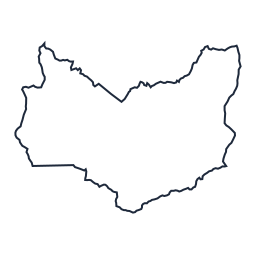 the district of Presidente Kennedy, Tocantins, Brazil
{"feature_id": "56859067B50751334573389", "entity_name": "Presidente Kennedy", "entity_type": "district", "adm_level": 2, "iso_a3": "BRA", "parent_name": "Brazil", "parent_adm1": "Tocantins", "projection": "natural_earth1", "projection_center": [-48.462, -8.464], "detail": "fine", "context": "isolated", "style": "outline", "palette": "slate", "viewbox_px": 256, "rotation_deg": 0, "n_neighbors": 0, "source": "geoboundaries", "source_scale": "gbopen_adm2", "svg_char_len": 3160}
<svg xmlns="http://www.w3.org/2000/svg" viewBox="0 0 256 256"><path d="M35.1,86.8L33.5,85.5L28.5,87.7L25.9,86.8L23.2,87.3L22.1,89.5L23.2,91.3L25.0,95.2L26.2,97.9L26.1,103.6L25.8,106.4L26.1,109.1L23.8,114.7L22.5,119.8L21.3,123.4L20.6,126.4L19.2,127.4L17.6,128.7L16.0,130.8L15.4,132.7L15.5,135.3L16.6,137.6L19.5,139.9L20.0,142.4L22.3,145.8L24.5,147.0L27.5,148.9L26.5,152.1L27.7,154.1L28.6,156.3L28.9,158.5L30.4,160.8L31.7,162.6L32.6,166.0L73.4,165.1L75.0,167.1L78.0,168.1L80.3,168.9L84.3,170.5L85.7,169.3L86.3,171.5L85.9,176.1L85.3,178.2L85.2,180.0L87.3,180.1L89.2,179.9L90.9,180.2L93.1,182.1L95.2,183.6L97.6,184.1L99.4,186.8L101.1,185.8L103.9,184.6L105.5,184.8L107.2,186.3L108.3,188.1L111.4,189.9L112.5,191.2L114.1,191.9L116.8,192.4L117.3,196.9L116.1,199.1L115.7,201.1L116.2,202.9L116.4,206.1L119.7,207.3L121.5,209.2L123.8,210.1L125.6,210.1L127.2,210.8L129.5,211.0L133.0,212.6L135.1,212.1L136.5,210.7L138.8,210.0L141.3,209.0L142.0,207.3L142.0,205.4L143.2,203.9L144.8,203.2L146.9,203.3L148.6,201.5L150.4,201.0L151.9,199.9L154.4,199.4L157.5,198.4L160.2,196.4L162.4,195.4L164.3,196.0L166.9,195.4L169.0,194.3L169.7,192.4L171.2,190.8L173.7,190.8L175.6,190.3L177.6,190.7L179.2,191.5L181.2,190.9L183.4,189.7L186.0,188.8L188.1,187.9L189.5,189.4L191.5,189.4L193.4,187.4L195.1,186.8L196.0,184.1L196.3,181.2L197.5,179.1L199.3,177.7L200.5,179.3L202.3,179.1L202.7,176.2L204.4,174.5L207.2,172.8L209.1,171.3L211.9,170.6L213.4,169.0L215.6,168.2L218.0,168.7L220.4,167.7L222.4,166.4L224.6,166.5L226.2,166.1L223.0,161.5L223.5,158.6L224.8,154.5L226.0,151.9L226.2,149.1L229.3,144.7L231.4,142.9L233.1,139.5L235.0,135.5L234.8,132.9L231.2,129.2L228.8,127.0L226.3,125.4L224.6,123.2L224.8,118.9L225.2,113.4L224.6,110.2L224.6,106.1L227.6,101.4L229.3,97.6L231.4,95.5L233.3,94.1L234.6,91.1L236.0,88.7L237.2,85.8L237.5,83.3L237.3,80.2L238.6,74.1L238.7,69.6L240.6,66.4L239.1,60.9L239.4,58.2L239.4,55.0L238.4,51.9L237.5,47.9L236.6,45.7L234.4,46.4L231.9,46.6L229.8,47.3L227.6,48.5L224.8,50.5L221.8,49.5L219.0,49.9L215.8,49.2L213.0,48.3L211.1,49.6L208.8,48.8L207.6,46.1L205.0,47.1L203.6,49.5L201.2,50.8L201.7,52.8L200.6,54.8L198.9,56.8L196.4,62.5L193.8,62.9L192.6,65.0L191.9,68.4L190.8,71.0L189.0,74.3L186.7,75.6L184.6,76.2L183.0,77.8L181.1,78.4L179.5,79.9L178.9,81.9L177.0,80.6L176.1,82.5L174.0,83.1L171.2,82.3L167.1,81.8L165.6,82.8L163.6,82.9L160.5,81.7L156.0,83.7L153.8,85.3L151.9,86.0L150.7,87.3L148.9,84.6L147.2,83.1L146.4,85.8L144.2,85.0L143.6,83.3L142.1,82.3L140.5,81.8L139.6,83.6L138.9,85.8L137.0,87.8L134.7,87.3L132.4,88.3L130.5,89.1L130.1,91.0L128.8,92.0L127.8,94.0L124.7,99.0L121.5,101.8L111.1,94.0L98.7,83.8L94.9,86.4L93.3,85.0L93.0,82.3L91.3,80.4L89.0,78.5L87.0,76.6L84.4,75.7L83.2,74.3L80.3,73.4L81.0,70.2L79.7,68.4L77.8,70.1L76.1,68.3L71.4,70.0L70.9,67.4L72.5,63.9L73.0,61.5L70.7,61.6L69.1,61.2L67.3,59.8L64.8,60.4L63.1,59.9L61.2,60.6L59.5,60.6L58.0,59.7L55.3,58.5L53.8,54.6L53.0,51.8L50.3,49.6L48.2,48.6L46.2,48.5L44.4,46.2L44.4,43.4L42.1,46.1L39.7,47.5L39.3,50.6L40.5,53.2L38.7,56.6L39.1,58.5L39.3,62.7L40.6,64.3L41.8,67.3L42.2,69.4L42.7,72.8L43.7,75.2L44.7,76.8L44.7,79.8L42.3,84.5L41.2,87.3L39.5,87.5L37.5,87.6L35.1,86.8Z" fill="none" stroke="#1e293b" stroke-width="2"/></svg>